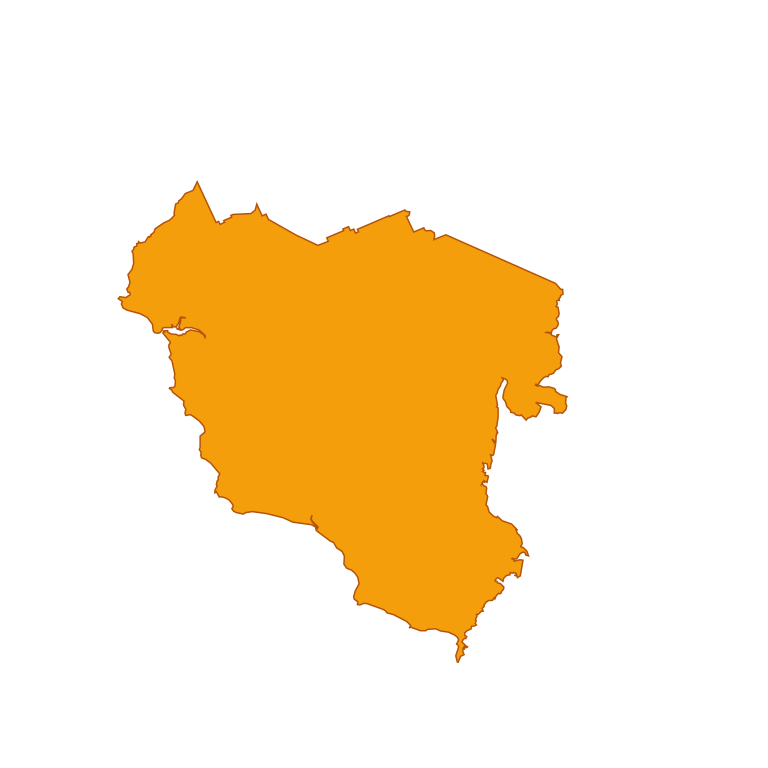 George Town, Tasmania, Australia (Robinson projection), rotated 236°
{"feature_id": "25037944B54594589896924", "entity_name": "George Town", "entity_type": "district", "adm_level": 2, "iso_a3": "AUS", "parent_name": "Australia", "parent_adm1": "Tasmania", "projection": "robinson", "projection_center": [146.946, -41.12], "detail": "fine", "context": "isolated", "style": "filled", "palette": "amber", "viewbox_px": 768, "rotation_deg": 236, "n_neighbors": 0, "source": "geoboundaries", "source_scale": "gbopen_adm2", "svg_char_len": 6171}
<svg xmlns="http://www.w3.org/2000/svg" viewBox="0 0 768 768"><g transform="rotate(236 384 384)"><path d="M606.5,223.8L602.9,223.1L602.3,224.5L599.9,223.5L600.1,218.1L604.0,213.9L603.3,211.4L598.7,213.3L597.2,211.0L592.9,210.2L588.7,212.4L578.7,221.1L571.7,224.9L563.2,225.5L556.8,222.3L554.7,222.6L552.5,225.0L551.8,227.0L552.7,230.3L554.1,231.5L553.8,233.1L549.1,240.1L550.0,240.6L550.3,239.7L550.5,240.8L552.4,241.6L549.4,241.3L547.5,243.4L549.7,248.3L552.9,251.9L553.0,253.2L550.9,255.7L549.6,256.6L552.6,252.4L549.9,250.7L546.2,246.0L543.7,245.7L545.9,243.7L545.5,243.2L542.1,245.7L541.4,248.1L541.7,251.0L538.4,255.9L532.3,260.8L524.2,262.9L521.9,261.3L525.2,262.2L530.9,259.9L537.0,253.8L537.6,249.1L536.6,246.9L538.1,245.2L537.3,243.6L538.7,242.3L538.4,241.2L541.4,239.4L544.3,235.6L547.9,233.7L549.2,234.5L551.1,231.3L550.0,231.0L550.7,230.5L549.9,229.2L538.3,230.2L537.4,229.7L537.0,227.8L534.4,226.0L527.8,224.3L526.3,220.8L521.6,221.1L509.4,216.2L506.3,213.5L503.5,213.0L499.3,209.7L498.7,207.7L500.8,204.4L500.3,203.6L497.6,204.6L495.0,204.3L481.8,208.6L478.6,206.0L474.0,205.6L471.0,202.7L468.9,202.0L466.9,206.3L464.4,207.5L456.7,210.2L449.5,211.0L444.4,208.9L443.6,202.4L434.4,196.2L432.8,194.2L429.6,194.2L427.1,192.1L424.8,191.5L421.1,194.0L415.3,196.1L401.3,197.6L399.7,194.6L397.2,192.9L397.0,191.6L394.3,188.7L392.8,188.7L390.4,184.3L388.3,183.0L388.4,184.8L382.5,184.2L381.1,186.5L378.0,189.0L374.2,190.8L368.7,191.2L366.6,190.3L365.7,188.1L362.6,188.2L360.1,189.6L354.8,194.7L354.7,197.5L351.9,203.4L342.4,214.0L329.7,225.5L320.3,231.3L308.1,245.0L301.9,248.3L302.8,249.0L308.0,247.4L312.4,247.6L313.6,248.4L315.6,251.1L313.0,248.2L310.8,247.8L302.3,249.4L301.3,247.9L303.0,246.9L300.4,245.9L283.7,251.7L280.8,253.6L274.6,253.1L268.6,255.6L263.5,254.9L257.0,250.0L252.1,250.1L247.8,253.0L243.3,254.2L238.4,254.2L232.3,251.6L228.4,244.3L224.5,239.8L222.2,239.0L218.2,240.5L216.0,238.6L214.3,240.6L213.5,244.4L211.6,247.0L198.2,256.8L195.4,258.3L192.6,258.5L187.5,262.9L174.5,270.0L168.9,271.1L167.5,268.4L167.6,269.7L166.6,270.8L159.1,276.2L156.1,280.7L156.2,283.0L152.1,290.0L147.7,292.7L142.3,298.6L136.3,302.2L133.1,303.2L130.1,302.8L127.8,298.7L126.1,299.4L124.2,298.8L118.5,291.5L112.5,289.3L111.9,289.9L115.4,295.2L114.8,299.0L118.4,299.9L120.2,301.5L119.3,302.3L120.2,303.6L119.3,305.3L119.3,307.0L120.7,303.5L120.1,302.5L120.9,302.2L121.6,304.4L120.9,305.5L126.4,304.4L127.6,306.1L128.1,308.5L127.2,309.4L128.4,311.4L130.5,310.3L132.6,311.9L133.0,315.4L132.2,319.0L134.2,321.2L132.7,323.9L132.6,325.9L134.4,325.7L136.2,328.1L137.6,328.2L139.7,331.5L141.2,331.8L140.4,333.4L141.1,337.6L140.2,339.1L143.1,339.9L143.6,342.8L144.6,343.1L146.0,346.6L146.0,349.5L144.0,352.9L145.2,355.7L143.8,355.7L145.7,358.6L146.4,362.1L145.2,362.8L145.2,364.0L146.6,366.2L146.8,368.0L148.5,369.8L153.5,368.9L155.7,366.9L157.3,367.3L158.5,365.9L159.6,367.1L159.9,369.7L159.3,370.4L153.9,372.3L156.1,374.8L156.7,378.4L155.4,381.8L157.0,383.2L155.1,385.1L155.3,386.2L152.6,387.7L151.6,387.1L152.5,385.0L150.8,386.8L148.9,386.3L148.7,389.7L160.2,400.7L162.3,398.4L164.3,392.9L167.2,393.1L167.8,391.8L167.6,393.3L166.5,393.4L165.1,395.6L165.1,397.1L167.3,402.0L166.8,405.5L165.5,406.5L162.9,405.9L160.7,407.7L165.7,409.0L170.4,408.0L172.8,406.4L174.3,409.3L178.7,411.3L181.8,411.8L185.8,411.0L190.4,412.2L187.9,413.0L196.5,411.5L204.5,405.5L210.8,404.0L210.3,402.6L213.3,400.8L219.1,399.6L224.7,401.4L226.7,400.9L232.7,407.0L236.5,407.4L240.2,410.9L241.9,411.2L244.1,409.6L246.2,409.9L246.2,408.7L247.7,411.1L246.4,412.3L247.8,412.9L244.9,414.4L249.0,418.9L250.0,418.8L251.8,416.5L253.8,418.7L254.6,417.3L256.5,416.9L256.3,418.6L258.8,418.3L258.5,419.8L259.8,421.0L264.2,421.8L262.2,422.1L261.6,423.7L259.9,424.9L255.4,422.7L254.7,425.0L258.5,428.5L259.6,430.5L265.7,432.8L263.9,434.2L264.3,435.5L271.4,442.6L278.2,442.7L273.1,444.1L279.2,448.7L279.3,449.8L280.6,450.5L280.2,451.1L285.4,452.1L285.9,453.9L293.0,460.3L300.4,465.2L303.0,464.3L302.1,464.8L302.9,466.2L312.1,470.3L313.3,472.9L315.5,475.2L317.6,480.0L318.9,481.0L320.7,485.4L322.9,485.4L320.9,487.1L318.0,488.1L315.6,486.9L312.0,480.6L307.2,475.7L305.3,474.6L301.5,474.8L296.6,473.3L291.6,474.2L289.7,473.2L287.5,475.5L284.7,476.0L281.7,479.0L281.7,480.5L274.6,481.6L275.4,484.3L274.4,487.0L274.8,488.8L271.8,491.7L274.1,497.2L277.2,501.4L284.0,499.4L272.8,510.5L268.4,511.5L264.6,508.9L264.0,510.4L262.8,511.0L261.7,514.1L259.9,515.6L261.2,520.7L263.6,523.2L266.6,523.9L270.6,526.9L271.1,528.7L276.9,524.1L282.0,522.0L283.2,523.0L285.4,522.5L289.4,519.1L292.2,514.4L295.6,512.2L296.7,509.8L298.4,508.9L298.9,509.8L297.2,511.5L299.0,515.3L300.0,520.0L299.7,522.6L298.2,524.1L299.4,526.0L298.1,530.3L299.6,534.4L299.0,537.4L299.6,541.0L302.8,542.1L307.1,546.8L312.3,546.2L316.8,549.9L325.1,552.2L327.2,556.3L328.0,555.1L326.7,553.1L330.1,550.7L333.7,549.8L334.5,548.8L335.4,548.5L335.3,547.8L336.0,547.3L335.6,548.6L332.8,551.3L334.5,553.2L334.9,555.7L334.0,557.5L335.0,560.3L336.2,562.0L338.7,563.1L341.0,562.9L342.3,564.2L342.4,566.4L344.7,568.7L350.4,571.2L352.0,569.9L353.3,572.4L356.1,573.4L356.4,574.6L355.2,576.1L357.0,577.0L357.4,578.9L358.6,579.9L358.4,582.6L362.5,585.0L363.8,583.4L371.4,582.5L473.1,518.7L475.8,506.1L478.3,508.8L481.2,510.2L485.2,508.5L487.4,504.6L489.5,503.8L491.2,504.4L493.4,493.6L510.4,496.3L509.8,497.8L510.1,499.6L512.3,501.6L514.8,498.9L516.6,498.6L519.8,482.2L520.7,482.3L527.1,448.4L524.4,447.9L525.0,444.8L529.3,445.6L530.0,441.9L534.2,442.6L535.5,436.6L533.7,436.2L537.2,418.3L533.4,417.6L535.9,406.7L556.8,394.3L585.1,380.2L590.8,381.2L591.5,377.0L604.3,379.1L600.2,374.5L599.7,369.0L609.0,353.6L609.4,351.3L607.5,351.0L609.1,342.5L607.2,342.2L607.9,337.5L611.3,337.8L611.7,335.1L656.1,342.2L651.3,334.0L653.0,325.8L650.8,319.7L650.6,316.2L649.3,315.0L649.7,311.9L643.0,305.4L641.1,304.8L640.2,301.2L639.7,297.4L640.7,291.9L640.7,281.2L638.4,278.0L638.1,273.9L637.1,273.8L636.9,271.7L637.8,271.6L637.7,270.4L635.4,265.3L637.2,260.7L639.2,260.2L638.0,258.9L638.7,257.6L636.7,256.3L637.2,253.2L635.4,251.5L635.1,249.4L632.4,248.9L623.9,243.9L620.0,239.1L617.8,232.9L610.4,230.3L607.6,226.8L606.5,223.8Z" fill="#f59e0b" stroke="#b45309" stroke-width="1.5"/></g></svg>